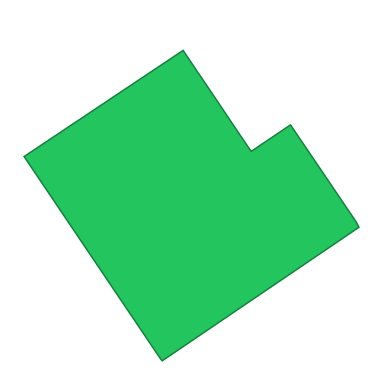 outline of Winkler, Texas, United States of America, rotated 56°
{"feature_id": "52423323B34965640211434", "entity_name": "Winkler", "entity_type": "district", "adm_level": 2, "iso_a3": "USA", "parent_name": "United States of America", "parent_adm1": "Texas", "projection": "albers", "projection_center": [-103.096, 31.869], "detail": "fine", "context": "isolated", "style": "filled", "palette": "green", "viewbox_px": 384, "rotation_deg": 56, "n_neighbors": 0, "source": "geoboundaries", "source_scale": "gbopen_adm2", "svg_char_len": 352}
<svg xmlns="http://www.w3.org/2000/svg" viewBox="0 0 384 384"><g transform="rotate(56 192 192)"><path d="M191.4,72.8L191.4,120.2L181.4,120.3L180.1,120.3L121.1,120.2L97.0,120.2L96.9,120.3L95.7,120.3L91.9,120.2L69.6,120.2L68.7,311.4L313.0,311.4L315.3,311.1L314.6,73.3L308.4,72.6L191.4,72.8Z" fill="#22c55e" stroke="#15803d" stroke-width="1.5"/></g></svg>